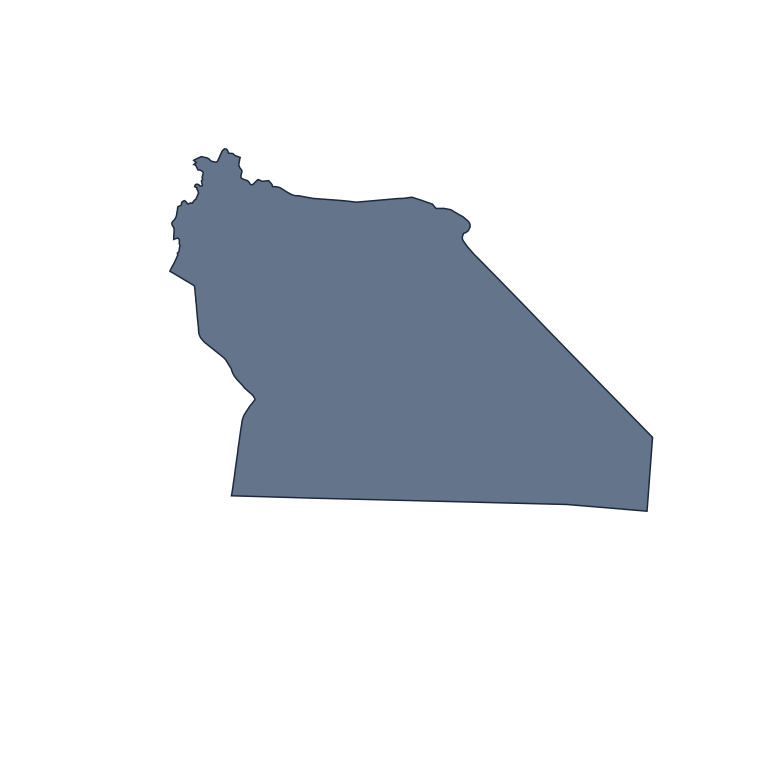 the district of Duma, Rif Dimashq, Syria, rotated 37°
{"feature_id": "27442178B16442606574703", "entity_name": "Duma", "entity_type": "district", "adm_level": 2, "iso_a3": "SYR", "parent_name": "Syria", "parent_adm1": "Rif Dimashq", "projection": "equal_earth", "projection_center": [36.727, 33.326], "detail": "fine", "context": "isolated", "style": "filled", "palette": "slate", "viewbox_px": 768, "rotation_deg": 37, "n_neighbors": 0, "source": "geoboundaries", "source_scale": "gbopen_adm2", "svg_char_len": 3876}
<svg xmlns="http://www.w3.org/2000/svg" viewBox="0 0 768 768"><g transform="rotate(37 384 384)"><path d="M100.1,323.2L101.5,322.5L104.2,323.7L106.4,325.0L107.4,324.4L109.2,323.6L111.9,323.7L112.7,324.4L114.5,328.7L116.0,329.5L116.0,330.3L115.9,331.6L116.6,332.3L118.1,333.6L119.4,334.5L119.4,335.5L117.8,336.6L116.2,336.3L114.3,336.9L113.4,338.3L114.0,340.4L116.5,339.9L117.3,341.0L119.2,341.7L119.6,342.1L120.8,342.9L121.3,344.6L121.6,345.8L122.4,349.1L122.6,349.5L122.0,351.1L121.9,353.1L122.1,354.9L120.3,356.0L119.2,358.3L115.4,357.5L114.0,357.8L113.4,359.4L113.1,360.4L113.5,361.5L114.4,363.1L113.7,364.8L112.7,366.3L113.2,367.6L114.2,369.2L115.5,371.9L116.7,374.0L117.3,375.5L117.8,378.3L117.5,380.9L117.5,382.8L118.3,383.8L119.4,384.7L122.1,385.7L123.4,386.9L125.0,389.2L127.0,392.3L129.0,395.1L129.5,394.2L131.4,391.7L133.2,391.6L134.9,393.4L136.0,395.2L137.6,396.0L138.9,398.8L140.6,401.6L140.6,401.8L140.5,402.0L140.5,402.3L140.5,402.5L140.4,402.6L140.4,402.8L140.4,403.0L140.3,403.3L140.3,403.5L140.2,403.6L140.2,403.8L141.8,405.4L143.5,413.3L144.6,420.5L145.1,422.8L149.0,422.3L155.5,421.6L164.4,420.7L166.9,420.3L171.1,420.0L173.1,419.7L173.9,420.0L175.6,421.9L176.8,423.1L179.5,426.2L181.8,428.5L183.7,430.9L186.4,433.6L189.1,436.7L190.3,438.1L193.2,441.3L200.3,449.0L201.6,450.3L203.8,453.0L205.5,454.8L206.7,455.8L208.1,456.6L209.6,457.4L212.3,458.1L213.9,458.4L215.5,458.7L218.8,458.8L223.8,459.0L226.1,459.0L228.8,459.1L232.0,459.2L235.7,459.2L237.6,459.4L240.9,459.5L243.5,460.1L245.2,460.8L249.3,462.4L252.9,463.8L254.6,465.1L257.3,466.7L259.8,467.8L263.8,468.9L270.8,470.1L273.4,470.6L274.9,471.2L276.5,471.2L276.8,471.2L278.4,471.4L278.8,471.4L279.4,471.5L282.6,471.7L283.5,471.7L284.0,471.8L286.3,472.1L288.8,473.0L290.4,474.2L290.4,477.1L290.3,479.3L290.2,480.6L290.2,481.9L290.2,482.6L290.5,487.2L290.5,488.4L290.8,491.0L290.9,493.0L291.5,495.2L292.7,498.5L294.9,502.5L296.7,505.9L299.2,510.5L302.7,516.7L305.9,522.7L307.7,525.6L310.5,530.7L314.1,537.2L316.8,542.0L317.8,543.8L319.2,546.2L320.3,548.1L323.7,554.4L325.7,557.9L326.9,560.2L327.8,561.8L329.4,565.1L399.8,515.2L602.5,370.2L670.6,327.3L668.2,323.5L630.6,265.0L602.9,260.8L581.7,257.5L558.4,254.0L533.8,250.2L513.3,247.1L494.0,244.1L481.0,242.1L463.7,239.3L451.8,237.4L435.7,234.9L408.9,230.8L398.1,229.2L391.1,228.1L377.7,226.2L367.8,224.1L360.6,221.8L358.6,220.3L357.5,218.0L357.1,216.5L357.1,215.3L358.2,214.0L359.1,210.8L358.4,207.7L358.3,206.8L357.4,205.7L356.6,204.7L354.6,203.7L353.8,203.5L352.6,203.3L352.1,203.2L351.4,203.2L350.9,203.2L349.8,203.1L348.9,203.0L346.3,202.9L341.8,203.6L337.4,204.1L332.4,204.6L326.0,207.8L319.9,212.5L314.4,211.2L308.3,213.2L302.2,215.1L298.9,216.3L297.7,216.7L295.6,217.4L293.8,218.1L288.0,223.9L282.8,228.1L267.1,242.3L252.6,255.3L242.8,261.1L236.6,265.0L227.6,270.8L215.8,278.4L202.8,284.9L199.6,287.1L197.4,288.0L194.6,288.6L192.4,288.9L190.8,289.1L187.8,289.3L186.2,289.5L182.6,289.8L178.6,291.6L176.2,293.5L174.7,292.2L172.9,291.7L169.5,291.0L164.9,295.4L160.7,296.3L160.1,297.1L160.0,298.3L159.6,300.6L159.3,303.2L158.5,304.4L157.8,304.9L156.5,304.8L154.7,304.0L152.7,303.7L150.5,304.5L148.4,305.1L146.3,305.5L144.9,304.6L143.3,301.3L142.5,299.4L141.3,298.7L138.8,298.1L136.1,296.4L133.6,291.5L132.8,289.6L127.4,291.2L124.6,290.9L120.9,293.2L118.6,291.6L116.7,291.3L115.0,292.3L114.7,294.0L114.6,295.6L115.4,299.2L116.5,303.8L117.0,306.3L116.6,307.3L116.3,308.1L114.7,308.7L113.6,309.3L112.6,309.7L111.9,309.9L110.5,309.9L108.8,309.6L107.5,309.7L106.9,309.8L101.3,312.3L99.4,315.8L97.4,319.8L97.5,319.8L97.9,319.9L98.0,319.9L98.1,320.0L98.3,320.0L98.5,320.1L98.8,320.1L99.0,320.1L99.4,320.1L99.5,320.1L99.8,320.2L99.9,320.3L100.0,320.3L100.2,320.5L100.3,320.5L100.5,320.5L100.6,320.4L100.6,320.5L100.5,320.9L100.5,321.0L100.4,321.5L100.3,322.1L100.2,322.6L100.1,323.2L100.1,323.2Z" fill="#64748b" stroke="#1e293b" stroke-width="1.5"/></g></svg>